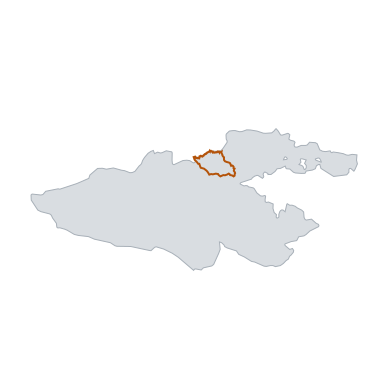 Kara-Kulja, Osh, Kyrgyzstan (highlighted), rotated 190°
{"feature_id": "92254566B85310994889224", "entity_name": "Kara-Kulja", "entity_type": "district", "adm_level": 2, "iso_a3": "KGZ", "parent_name": "Kyrgyzstan", "parent_adm1": "Osh", "projection": "mercator", "projection_center": [74.361, 40.398], "detail": "fine", "context": "in_parent", "style": "outline", "palette": "amber", "viewbox_px": 384, "rotation_deg": 190, "n_neighbors": 0, "source": "geoboundaries", "source_scale": "gbopen_adm2", "svg_char_len": 6372}
<svg xmlns="http://www.w3.org/2000/svg" viewBox="0 0 384 384"><g transform="rotate(190 192 192)"><path d="M83.6,230.5L84.5,229.9L87.5,229.3L93.5,228.7L95.6,229.1L99.7,231.6L102.9,231.3L103.5,231.6L104.7,233.7L109.0,230.6L112.2,229.7L113.8,226.6L117.2,223.0L120.2,222.4L120.2,223.0L120.8,223.5L123.7,224.4L124.6,223.4L125.1,222.0L124.1,219.9L124.1,219.0L125.0,217.7L129.8,219.7L130.8,219.7L133.0,218.5L135.0,216.5L135.7,215.0L145.4,209.8L146.1,208.9L145.9,208.2L141.9,207.0L140.0,207.7L138.3,207.7L137.3,206.9L132.4,206.7L131.3,206.1L128.0,202.4L123.9,200.1L121.9,200.2L119.6,201.2L118.8,200.7L118.7,197.2L118.2,195.1L116.8,194.6L115.0,195.4L110.0,194.3L109.4,189.9L107.5,186.0L104.9,184.4L104.8,182.0L103.9,181.1L103.1,181.3L102.1,182.5L102.6,185.1L102.2,187.7L101.6,189.0L100.4,190.0L99.1,190.0L96.9,188.7L96.5,196.5L96.1,197.0L93.4,195.9L91.2,196.4L88.0,195.9L85.5,194.6L80.8,193.2L78.6,191.7L77.2,186.4L75.9,184.6L74.6,184.2L69.6,186.0L64.4,182.8L61.9,182.1L61.2,181.1L61.3,179.9L69.2,174.0L72.3,169.9L74.2,168.2L79.2,166.4L80.3,162.7L80.7,162.2L85.7,160.4L91.3,157.1L91.5,156.2L90.9,155.4L85.8,152.4L83.3,153.8L81.7,152.1L81.7,150.3L83.4,147.2L84.8,145.6L85.4,142.7L87.5,140.7L89.6,137.5L92.2,134.9L96.9,133.0L99.5,133.6L102.0,133.2L105.9,131.6L108.2,131.5L118.1,133.9L121.4,134.0L129.1,137.1L135.1,138.7L138.0,141.7L147.6,143.0L150.3,143.9L151.2,145.3L154.0,147.2L156.3,147.6L154.3,140.4L155.1,136.1L158.1,124.4L159.7,122.6L167.6,119.3L169.4,116.8L175.0,116.9L176.2,116.4L176.8,115.1L194.3,125.4L200.9,128.3L210.0,130.9L217.8,131.8L219.1,131.1L222.2,127.1L223.6,127.0L242.8,127.7L256.5,125.5L258.5,125.7L263.6,127.9L279.9,128.6L286.2,130.1L296.4,129.5L300.6,129.8L308.3,132.7L311.0,133.3L316.0,133.8L317.9,133.3L319.0,133.9L320.1,137.6L324.8,142.2L326.5,144.7L328.3,145.7L337.3,146.4L340.7,147.4L348.9,156.1L350.0,161.1L349.1,162.2L340.3,162.8L338.4,163.6L336.2,167.3L324.4,171.9L322.7,171.8L306.9,180.3L296.0,187.5L295.5,191.0L289.1,198.8L284.3,199.8L280.3,199.6L273.6,202.0L265.0,201.2L262.1,201.3L256.5,200.2L254.2,200.8L251.8,202.4L248.5,208.6L247.2,210.1L246.6,211.5L246.1,214.5L244.8,217.7L242.0,222.5L239.6,224.8L237.3,226.2L235.6,223.3L232.7,225.3L230.0,224.9L228.3,225.5L224.5,228.1L218.9,228.0L218.3,227.1L217.2,220.0L216.3,216.7L215.5,215.9L214.5,215.8L206.4,221.4L202.7,222.4L199.7,222.5L195.7,220.9L194.8,221.3L194.1,222.2L193.8,223.3L195.0,226.5L194.7,227.1L192.9,227.1L190.3,227.8L182.7,234.3L177.8,236.0L173.3,236.6L170.6,237.8L169.1,240.2L166.1,246.9L166.2,248.3L167.5,250.1L168.4,254.1L168.2,255.2L165.8,258.5L162.7,259.5L160.3,260.0L155.7,259.6L153.3,260.2L148.9,262.7L145.3,263.2L138.5,263.3L131.8,262.3L129.6,262.6L123.7,264.1L121.7,266.5L120.6,268.6L120.1,268.9L117.7,267.0L114.7,263.6L113.2,263.6L107.9,266.4L107.1,266.3L105.6,265.3L105.8,260.9L104.1,260.1L100.5,259.8L99.2,258.9L99.6,256.1L99.2,255.0L98.3,254.2L96.4,254.4L92.6,256.8L88.2,257.6L86.7,258.3L84.9,261.4L79.0,262.0L77.1,261.3L73.5,255.7L70.5,254.8L67.4,255.0L63.1,256.5L62.1,255.3L61.0,255.0L60.0,255.9L54.8,256.1L49.6,256.0L46.6,255.3L44.6,255.3L40.7,256.9L36.0,257.2L35.5,251.9L34.0,248.4L35.4,242.5L36.2,240.6L39.8,242.8L41.1,242.4L41.4,241.3L40.9,238.7L42.6,235.8L55.2,231.9L69.1,237.6L70.9,241.3L72.1,241.1L74.0,239.5L74.6,236.3L77.3,234.5L83.3,232.4L83.6,230.5ZM90.7,243.5L91.0,242.9L89.9,240.2L91.4,237.6L88.5,237.2L87.1,236.4L85.5,233.8L85.0,233.7L84.1,234.4L83.7,236.1L84.1,238.0L86.1,239.7L85.1,243.4L89.3,243.8L90.7,243.5ZM76.2,246.0L76.1,245.2L75.2,244.8L70.0,243.8L70.1,244.6L72.2,247.3L73.7,247.4L76.2,246.0ZM107.2,241.3L107.5,239.6L104.3,240.6L104.0,241.5L105.0,242.5L106.4,242.9L107.2,241.3Z" fill="#d9dde1" stroke="#a8b0b8" stroke-width="1"/><path d="M171.4,236.8L171.3,236.7L171.2,236.5L171.2,236.4L171.3,236.4L171.5,236.2L171.7,235.9L171.8,235.9L172.0,235.8L172.0,235.7L172.1,235.8L172.4,235.9L172.4,236.1L172.5,236.1L172.7,236.3L172.7,236.5L172.8,236.5L172.9,236.4L173.0,236.4L173.3,236.4L173.4,236.2L173.5,236.1L173.9,236.2L174.0,235.9L174.2,235.7L174.3,235.4L174.5,235.3L174.8,235.4L175.0,235.5L175.2,235.4L175.3,235.3L175.4,235.2L175.5,235.1L175.8,235.1L176.1,235.0L176.2,234.9L176.3,235.0L176.5,234.9L176.8,234.8L177.0,234.7L177.3,234.7L177.4,234.8L177.5,234.8L177.9,234.7L178.0,234.6L178.2,234.4L178.3,234.5L178.5,234.7L178.5,234.8L178.4,234.8L178.4,235.0L178.5,235.0L178.6,235.3L178.8,235.4L178.8,235.5L179.0,235.5L179.2,235.4L179.3,235.3L179.4,235.2L179.5,235.2L179.8,235.2L179.8,235.3L179.9,235.5L180.0,235.6L180.3,235.7L180.4,235.8L180.5,235.9L180.8,235.9L181.0,235.8L181.1,235.7L181.3,235.6L181.5,235.4L181.5,235.2L181.6,235.3L181.6,235.2L181.8,235.1L182.0,235.0L182.1,234.8L182.1,234.7L182.3,234.7L182.5,234.4L182.8,234.3L182.9,234.2L183.0,234.1L183.3,233.9L183.5,233.8L183.5,233.7L183.8,233.6L183.9,233.4L184.0,233.4L184.1,233.2L184.2,232.9L184.3,232.8L184.3,232.7L184.5,232.6L184.8,232.5L184.8,232.4L184.7,232.3L184.8,232.2L184.9,231.9L185.0,231.9L185.2,231.7L185.3,231.8L185.4,231.7L185.5,231.7L185.9,231.6L186.1,231.4L186.2,231.2L186.3,231.1L186.4,230.9L186.5,230.7L186.6,230.4L186.8,230.3L186.9,230.2L186.9,229.9L187.0,229.8L187.0,229.7L187.3,229.6L187.4,229.4L187.5,229.4L187.6,229.2L187.8,228.8L188.0,228.9L188.3,228.8L188.5,228.9L188.8,228.9L189.0,228.8L189.2,229.0L189.4,229.2L189.8,229.2L190.0,229.0L190.0,228.9L190.3,228.7L190.5,228.6L190.4,228.4L190.3,228.2L190.5,228.1L190.6,227.9L190.7,227.7L190.8,227.7L190.8,227.4L190.9,227.2L191.0,226.9L190.8,226.7L190.7,226.5L190.7,226.3L190.8,226.3L191.1,226.3L191.3,226.3L191.7,226.4L191.8,226.5L192.0,226.5L192.0,226.4L192.3,226.2L192.5,226.3L192.8,226.4L193.0,226.3L193.4,226.3L193.4,226.2L193.5,226.2L193.8,226.2L193.9,226.3L195.0,227.4L196.4,226.7L195.0,224.2L194.0,223.4L194.1,223.6L193.6,223.2L193.3,222.9L192.8,222.7L190.7,220.8L189.7,221.0L188.5,218.8L187.6,217.4L184.3,217.1L181.3,215.5L179.8,214.2L178.0,212.1L176.3,213.0L174.6,213.0L171.7,214.2L169.4,214.2L168.8,213.4L166.8,212.3L164.1,214.1L162.4,214.2L160.6,215.2L159.0,216.5L158.0,216.1L157.4,215.3L155.4,215.3L153.7,214.6L152.9,215.5L153.1,217.1L152.8,218.0L153.2,218.8L154.5,220.1L154.5,220.9L154.2,222.3L154.6,222.3L155.2,222.6L155.4,224.0L156.4,224.9L157.5,225.1L158.0,224.6L158.9,225.9L159.4,226.9L160.7,227.4L163.1,227.6L164.9,228.0L166.0,229.1L166.4,230.7L166.5,231.7L167.6,232.4L168.4,233.3L168.6,234.1L169.9,235.7L169.9,236.8L170.2,236.5L170.9,236.4L171.4,236.8Z" fill="none" stroke="#b45309" stroke-width="2"/></g></svg>